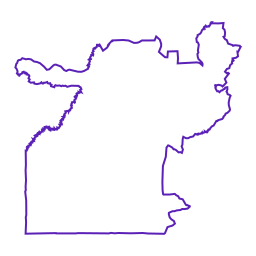 outline of Kisarawe, Pwani, United Republic of Tanzania
{"feature_id": "72390352B52983476562666", "entity_name": "Kisarawe", "entity_type": "district", "adm_level": 2, "iso_a3": "TZA", "parent_name": "United Republic of Tanzania", "parent_adm1": "Pwani", "projection": "albers", "projection_center": [38.786, -7.182], "detail": "fine", "context": "isolated", "style": "outline", "palette": "violet", "viewbox_px": 256, "rotation_deg": 0, "n_neighbors": 0, "source": "geoboundaries", "source_scale": "gbopen_adm2", "svg_char_len": 5585}
<svg xmlns="http://www.w3.org/2000/svg" viewBox="0 0 256 256"><path d="M239.8,45.8L235.2,45.2L233.2,45.8L233.1,45.3L228.1,43.6L226.8,40.1L225.2,39.3L224.2,38.0L223.5,36.8L224.7,36.3L225.1,32.9L224.5,29.7L222.8,28.1L223.5,23.0L218.6,23.4L211.7,23.3L211.1,23.1L211.8,22.2L211.3,22.2L210.7,23.0L211.1,23.3L209.1,26.5L208.6,26.5L208.6,26.0L207.0,26.7L206.1,26.0L206.1,26.7L204.8,26.4L204.1,27.0L204.5,28.5L203.8,28.3L203.7,29.3L202.9,29.2L202.0,30.2L201.1,32.5L199.9,33.9L197.6,35.1L197.6,36.4L196.3,38.4L196.8,42.0L197.9,42.5L198.8,44.7L197.9,50.5L198.4,52.5L197.4,54.0L197.8,57.1L198.5,59.1L201.8,62.3L202.6,64.0L202.4,65.4L199.5,62.9L196.8,62.4L177.7,63.4L178.0,58.1L177.5,51.2L167.9,51.5L167.4,57.3L165.0,57.2L158.9,51.9L161.1,46.5L161.2,43.9L159.8,39.7L156.2,36.5L154.6,40.4L141.8,40.5L139.3,42.1L137.0,42.8L134.0,42.9L128.6,40.5L123.1,40.0L112.7,40.4L112.5,40.9L112.1,40.6L111.7,41.0L108.5,44.4L108.2,44.9L108.7,45.0L107.0,47.7L103.0,50.7L99.9,45.2L99.6,46.1L98.9,45.9L98.9,45.2L98.2,45.3L98.1,44.8L97.0,44.8L96.8,46.9L96.1,47.1L95.4,48.4L94.6,47.9L93.6,48.5L93.9,49.0L93.0,50.3L93.6,51.3L92.2,52.6L93.3,54.1L93.1,55.4L92.0,55.0L92.0,54.5L91.2,54.9L91.4,55.5L90.2,57.2L90.6,58.5L90.1,58.3L89.1,59.3L90.3,59.4L89.4,60.4L89.9,61.4L89.1,62.9L89.5,64.3L88.1,64.5L87.7,65.1L88.4,65.1L89.1,66.6L88.5,67.3L88.5,67.1L88.3,66.7L88.1,68.7L84.2,70.9L81.4,71.8L77.9,71.7L69.6,69.7L68.3,69.9L66.4,71.0L64.2,70.1L60.9,66.5L56.1,64.7L54.7,64.7L53.4,65.4L49.3,69.3L46.8,69.8L44.1,66.7L40.0,63.2L37.0,62.0L34.0,61.5L31.1,59.4L28.3,58.9L26.0,59.3L22.3,58.2L20.7,59.8L18.7,60.1L17.9,60.7L17.2,62.9L16.3,63.9L15.4,67.5L16.5,68.7L17.5,71.1L17.5,72.5L16.9,73.3L17.8,74.5L18.4,74.3L19.0,75.3L19.3,74.8L19.7,75.2L20.2,74.3L22.2,73.4L22.3,72.3L23.1,71.9L23.8,71.7L24.5,73.3L25.3,73.4L25.7,72.6L26.8,73.3L27.2,73.6L26.8,74.5L28.8,75.0L29.4,76.1L28.5,78.4L29.7,79.4L28.7,81.4L30.8,82.7L34.0,82.4L34.3,83.6L36.8,84.1L40.2,83.4L41.4,82.3L42.4,83.5L43.2,83.5L43.9,82.7L44.9,82.8L47.2,82.0L47.7,83.2L48.8,83.5L50.0,83.2L50.2,84.0L51.4,84.7L50.8,85.3L51.0,86.2L54.3,87.2L54.9,85.6L55.5,85.2L56.9,85.7L59.7,85.5L61.3,86.2L62.7,85.6L63.9,86.0L65.5,85.7L67.2,86.8L71.3,85.7L78.7,85.9L79.7,87.1L80.5,87.2L81.4,89.1L80.1,90.0L81.1,91.9L80.4,91.5L80.4,92.4L79.6,92.5L78.5,91.9L78.6,93.1L77.1,93.1L76.5,93.6L77.2,95.2L76.7,96.4L76.0,95.7L74.8,96.5L74.6,96.8L76.1,98.1L75.4,99.5L74.5,99.7L74.2,101.3L74.9,101.8L74.9,102.5L74.5,102.7L73.8,101.9L71.9,102.3L71.9,103.5L71.3,104.1L71.8,105.3L71.1,105.6L71.9,107.5L71.7,108.2L70.7,108.4L70.2,110.2L69.5,110.0L68.7,111.6L68.6,110.8L68.2,111.2L67.6,110.9L65.4,111.3L65.9,112.1L65.7,113.0L64.6,113.7L64.8,115.7L64.5,116.0L64.3,115.0L64.0,115.1L63.8,115.8L64.3,116.7L62.9,116.9L63.8,117.7L63.3,119.0L62.4,119.0L62.6,119.8L61.4,119.7L60.5,120.8L61.1,121.3L60.5,122.3L61.2,122.3L60.9,123.0L61.7,123.5L61.8,124.1L61.2,123.9L60.9,124.6L59.6,124.7L60.3,125.7L58.9,127.9L57.6,127.6L58.0,128.4L57.0,129.5L56.4,128.7L55.2,129.4L54.4,128.3L54.3,129.9L52.9,129.7L52.9,128.7L51.2,128.6L50.6,130.5L50.1,130.3L50.0,129.4L49.5,129.9L49.0,129.6L49.9,128.6L49.8,128.1L49.0,128.6L48.3,128.2L49.2,127.2L49.0,126.7L47.1,127.6L46.6,126.5L45.3,126.8L46.2,127.6L44.7,127.3L44.8,128.7L43.5,128.5L44.0,129.5L42.6,129.5L43.3,130.5L42.1,130.4L42.4,131.6L41.5,131.5L40.5,133.0L39.3,131.7L38.4,132.8L38.8,133.7L37.6,133.2L37.4,133.5L38.0,134.4L37.4,134.6L37.5,135.8L37.2,136.1L36.8,136.3L36.0,135.0L34.9,135.5L36.2,136.6L34.7,137.5L34.7,139.0L33.5,138.9L34.2,139.7L34.0,140.0L33.2,139.5L33.8,140.8L33.0,140.6L32.9,141.4L32.3,141.2L31.5,141.6L32.0,142.7L30.6,142.9L30.9,144.3L29.7,144.1L30.2,145.4L28.3,145.7L28.5,146.9L27.2,146.9L27.6,148.3L26.9,148.3L27.2,149.4L26.7,150.6L25.7,150.5L25.9,164.8L25.6,170.5L26.0,180.4L25.6,186.9L25.8,190.2L25.2,191.5L26.2,200.6L26.3,215.0L25.8,217.2L26.1,222.1L25.6,233.7L56.0,233.1L56.2,233.4L75.6,233.4L78.3,233.1L108.9,233.4L111.0,232.9L114.6,233.3L118.6,233.0L130.5,233.3L142.7,233.0L148.1,233.5L164.1,233.8L165.0,233.1L167.5,227.1L172.6,225.5L174.9,223.6L173.9,221.0L171.3,219.3L169.7,217.4L168.8,214.1L168.9,212.8L172.5,211.2L174.6,211.2L176.7,210.4L180.4,210.0L182.2,209.0L184.3,209.1L187.6,208.6L189.8,206.6L189.7,206.1L188.0,205.6L187.6,205.1L186.5,205.2L185.8,204.7L182.7,199.3L179.4,198.5L178.1,196.1L176.4,195.4L174.8,193.9L169.8,194.5L163.4,194.5L163.1,194.2L162.6,190.3L162.4,182.0L162.9,166.0L165.8,156.8L166.5,147.6L168.1,145.4L168.7,145.5L172.2,147.5L173.6,149.3L174.4,149.2L176.1,150.1L178.6,152.4L180.3,152.1L181.9,152.9L182.9,149.5L181.6,146.3L182.4,144.8L182.7,139.0L183.3,136.8L186.0,138.2L188.2,138.2L190.2,137.1L193.1,136.5L195.2,133.9L196.0,134.3L197.8,133.8L197.7,134.6L198.5,134.5L199.3,133.7L200.7,133.8L201.5,132.9L202.0,133.3L202.3,132.6L202.5,133.0L203.9,132.7L204.4,131.9L205.1,132.0L205.0,131.5L205.8,132.1L206.4,131.7L206.7,132.0L207.9,130.3L208.0,130.8L208.3,130.2L209.6,129.6L210.5,127.9L212.1,126.2L213.6,125.6L216.4,120.9L217.4,121.1L218.1,120.2L222.2,119.0L223.4,117.6L223.4,116.7L225.2,114.9L225.6,113.6L227.5,112.8L229.7,110.6L230.0,109.4L228.8,105.1L228.7,102.2L229.8,97.3L230.6,95.8L229.8,95.0L227.6,94.2L227.1,92.3L226.5,91.7L227.4,89.5L227.3,87.2L225.2,87.6L224.6,89.0L223.4,89.2L222.6,90.3L221.4,90.4L219.4,92.2L218.5,91.2L217.2,91.3L215.6,88.6L215.4,87.5L215.9,86.9L215.1,85.7L215.3,85.1L216.6,85.3L218.8,84.8L221.7,85.6L222.6,86.5L226.4,82.6L224.8,78.9L228.9,73.5L228.1,72.8L226.7,73.2L225.0,71.7L226.8,69.0L229.3,68.2L230.1,65.2L232.2,63.4L231.9,62.4L232.4,60.3L234.1,61.2L232.5,59.1L232.5,58.4L235.9,57.8L238.0,56.3L237.4,51.6L238.2,51.7L240.6,46.9L240.1,46.8L239.8,45.8Z" fill="none" stroke="#5b21b6" stroke-width="2"/></svg>